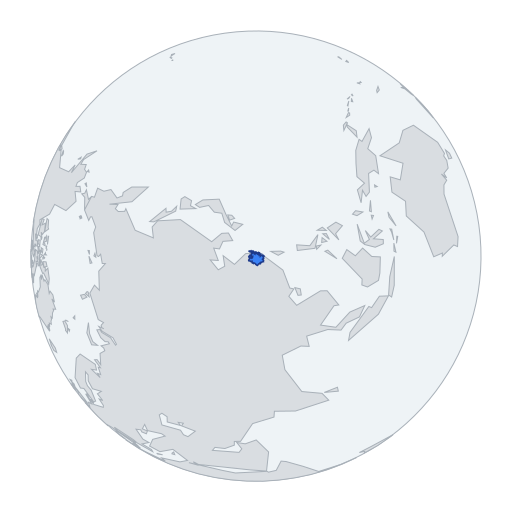 the Earth from above Zhejiang, rotated 262°
{"feature_id": "CHN-1820", "entity_name": "Zhejiang", "entity_type": "Province", "adm_level": 1, "iso_a3": "CHN", "parent_name": "China", "parent_adm1": "", "projection": "orthographic", "projection_center": [120.785, 29.18], "detail": "fine", "context": "on_globe", "style": "filled", "palette": "blue", "viewbox_px": 512, "rotation_deg": 262, "n_neighbors": 0, "source": "natural_earth", "source_scale": "10m", "svg_char_len": 15984}
<svg xmlns="http://www.w3.org/2000/svg" viewBox="0 0 512 512"><g transform="rotate(262 256 256)"><circle cx="256" cy="256" r="225" fill="#eef3f6" stroke="#a8b0b8"/><path d="M442.0,364.5L441.7,365.6L441.5,365.9L442.0,364.5ZM414.6,96.0L411.9,93.6L392.6,79.0L393.1,78.4L388.4,75.5L387.6,76.4L388.1,77.8L370.8,73.8L365.5,82.2L371.4,89.6L364.2,84.8L380.4,102.8L382.3,113.2L375.5,98.7L371.2,95.3L370.2,100.6L365.7,98.3L362.5,99.8L357.1,96.8L353.6,89.3L350.0,87.4L349.5,91.4L343.8,91.4L345.1,85.8L335.2,85.4L327.4,74.1L335.1,63.8L326.2,57.4L322.0,47.1L317.8,46.5L313.6,43.2L307.2,41.5L308.2,40.7L302.2,40.2L302.4,41.3L299.9,41.6L296.1,40.9L296.8,39.5L298.8,39.6L297.0,38.9L299.0,38.6L295.9,38.4L297.2,37.1L290.3,37.4L286.7,35.7L289.1,35.2L296.1,36.5L318.9,40.4L323.4,41.4L322.8,40.9L320.1,40.0L335.1,45.1L349.8,51.2L363.9,58.2L377.5,66.3L390.6,75.3L402.9,85.2L414.6,96.0ZM292.3,33.7L291.2,33.5L289.9,33.5L282.3,32.5L275.6,31.6L275.8,31.6L292.3,33.7ZM467.8,204.0L465.9,199.8L467.3,200.4L467.8,204.0ZM464.5,198.7L465.3,199.8L464.6,199.1L464.5,198.7ZM463.9,199.1L464.4,198.8L464.1,199.7L463.9,199.1ZM463.3,200.4L463.6,199.5L463.6,199.8L463.3,200.4ZM461.7,200.8L461.2,200.8L461.3,199.6L461.7,200.8ZM389.1,78.9L388.0,76.7L390.5,77.1L392.0,79.0L389.1,78.9ZM383.8,79.3L381.9,77.3L387.3,79.8L386.7,80.1L383.8,79.3ZM376.6,95.8L376.6,93.0L378.2,96.6L376.6,95.8ZM363.1,100.6L364.5,102.2L362.3,102.4L363.1,100.6ZM294.1,34.2L292.1,33.9L293.4,34.0L294.1,34.2ZM295.5,34.7L298.5,35.2L299.7,35.5L297.8,35.2L295.5,34.7ZM352.0,98.1L347.9,98.1L351.4,96.7L352.0,98.1ZM291.6,34.2L301.2,36.0L303.1,36.7L297.5,36.4L291.6,34.2ZM345.2,97.3L335.4,98.0L337.9,101.5L325.5,92.6L337.9,94.6L341.8,92.1L342.0,95.2L345.2,97.3ZM304.2,42.0L303.7,40.7L307.6,42.5L304.2,42.0ZM307.3,43.2L322.8,49.4L321.6,51.3L316.6,48.6L317.8,52.1L309.6,49.9L307.1,47.6L309.5,46.6L304.5,46.6L307.3,43.2ZM320.2,87.8L317.3,87.1L319.7,86.5L320.2,87.8ZM299.2,41.9L302.4,42.8L301.6,44.5L294.9,43.0L297.3,42.9L299.2,41.9ZM322.2,54.3L320.4,55.6L313.2,54.1L311.6,54.4L309.3,50.1L322.2,54.3ZM295.6,42.2L291.6,42.3L288.5,41.0L295.9,41.2L295.6,42.2ZM304.2,45.6L303.5,46.4L301.7,45.4L304.2,45.6ZM275.5,37.1L279.4,37.7L279.3,38.6L275.5,37.1ZM290.3,42.5L291.3,42.9L291.7,43.4L288.5,43.3L290.3,42.5ZM304.4,49.5L301.8,48.8L305.0,51.2L299.8,50.5L299.2,47.8L297.2,48.7L295.6,48.5L297.0,46.6L304.4,49.5ZM286.5,44.9L284.0,41.8L276.7,40.2L276.6,39.3L288.3,42.1L286.5,44.9ZM292.5,46.0L288.8,45.0L290.5,44.2L294.2,44.4L292.5,46.0ZM296.4,51.1L304.6,52.8L304.4,53.4L296.4,51.1ZM284.0,44.5L284.7,45.3L283.3,44.5L284.0,44.5ZM292.2,49.1L295.1,49.6L294.9,50.2L292.2,49.1ZM283.6,46.6L282.8,45.6L285.3,45.5L283.6,46.6ZM287.3,47.9L286.2,48.6L286.6,46.2L288.6,48.0L287.3,47.9ZM291.5,49.6L292.3,50.1L290.3,49.4L291.5,49.6ZM274.7,47.6L274.7,44.5L280.1,44.3L279.4,47.3L274.7,47.6ZM92.2,101.3L89.1,105.0L86.4,108.3L80.6,114.7L65.5,137.6L69.2,134.5L62.7,152.0L63.1,159.7L76.1,146.8L75.6,133.7L82.6,124.2L88.8,128.2L90.3,140.9L93.2,137.7L98.2,124.3L104.7,122.3L100.7,119.4L97.8,124.1L95.2,122.7L97.7,118.4L99.9,117.7L101.2,113.1L90.4,118.5L86.2,124.0L85.8,117.0L78.9,125.6L76.6,126.5L87.4,112.4L91.1,109.1L106.2,91.9L102.3,94.5L87.8,111.2L89.6,108.3L84.2,113.0L89.7,107.2L106.6,89.2L110.3,84.4L108.3,85.9L119.5,76.8L118.9,77.3L123.3,74.1L134.7,66.3L130.3,69.5L133.6,67.5L130.2,70.4L134.5,69.7L132.4,72.7L142.8,68.3L143.1,69.4L136.9,71.5L131.5,74.9L127.4,83.7L129.2,84.1L136.2,80.8L134.2,84.1L141.6,79.8L143.5,84.0L147.3,75.6L155.7,72.5L161.6,73.2L165.1,71.0L155.5,69.9L151.0,71.0L146.1,74.1L134.6,77.0L134.1,75.0L148.8,67.1L149.7,63.8L160.7,59.9L179.9,63.8L183.4,68.2L171.0,81.8L165.2,82.2L166.7,77.3L157.3,84.7L161.9,82.7L160.2,85.7L167.8,84.3L167.0,86.4L175.7,81.7L175.5,84.2L170.0,87.1L181.2,88.0L183.2,93.1L186.1,92.4L188.6,90.1L189.5,98.6L191.6,97.7L192.2,94.6L196.7,90.9L205.0,88.1L204.9,91.2L201.8,92.6L195.3,100.6L187.2,104.5L188.0,105.6L194.9,103.0L203.0,93.1L208.1,90.5L205.1,95.2L206.5,93.3L209.0,93.0L211.3,95.8L215.0,90.9L242.4,86.3L249.6,92.0L243.9,96.1L262.9,98.2L269.5,105.8L270.0,102.7L279.4,102.4L277.4,100.0L278.4,98.6L301.7,98.5L307.0,101.3L317.6,99.0L317.8,97.6L314.5,95.3L325.5,92.6L337.9,101.5L336.7,104.2L345.2,108.6L341.3,114.4L342.0,121.6L332.8,126.4L334.1,132.2L337.4,133.3L341.6,142.6L339.3,159.0L327.0,140.7L327.7,118.1L326.2,126.5L322.4,123.3L319.2,125.8L318.5,132.2L321.0,133.7L298.3,139.9L288.2,156.9L299.2,157.2L304.5,163.5L302.6,186.2L276.3,214.1L283.2,225.2L282.6,231.9L274.5,235.1L275.1,225.3L268.1,220.8L269.7,215.2L256.8,218.0L258.5,210.1L247.6,216.7L250.2,223.6L260.9,223.5L250.7,233.5L259.8,246.1L259.1,259.7L238.3,280.7L219.6,285.0L218.1,288.9L211.5,282.9L201.5,289.4L212.5,315.0L211.7,321.6L196.0,331.2L195.9,326.3L178.6,310.3L174.3,325.2L187.4,341.1L191.8,356.8L181.3,350.0L176.9,335.9L170.8,329.9L173.2,316.8L169.6,295.0L159.1,296.1L160.6,287.9L154.1,268.2L139.4,268.8L115.4,282.5L110.8,302.3L103.1,308.0L97.0,273.5L99.7,252.6L94.0,251.4L90.5,229.3L74.6,214.9L75.4,208.7L71.7,208.2L69.7,198.4L72.2,188.7L69.6,185.8L63.9,211.9L67.0,215.1L74.0,211.0L71.5,219.2L73.8,230.6L60.2,241.2L41.6,236.5L44.9,220.9L57.6,170.0L60.2,166.5L60.4,166.0L60.9,165.1L56.7,170.0L60.7,160.8L48.3,193.1L44.0,205.4L41.2,237.1L40.2,238.2L40.9,246.2L49.4,252.3L48.3,257.1L41.1,273.5L33.9,288.1L37.8,310.9L42.4,327.6L37.8,312.1L34.3,296.2L32.0,280.2L30.9,264.0L30.9,247.8L32.0,231.6L34.4,215.5L37.9,199.7L42.5,184.1L48.2,168.9L55.0,154.2L62.9,140.0L71.7,126.4L81.5,113.5L92.2,101.3ZM86.6,163.5L91.0,171.5L98.2,158.6L100.5,160.8L102.1,155.8L98.7,157.6L104.0,145.0L109.2,145.6L113.4,140.9L112.1,138.1L101.8,139.3L94.0,157.0L89.1,159.3L86.6,163.5ZM155.0,55.7L150.9,57.9L147.9,59.1L150.5,57.1L155.0,55.1L155.0,55.7ZM145.8,61.0L159.6,54.7L158.6,56.3L156.8,56.3L154.7,58.0L151.4,58.7L136.8,67.1L133.2,68.9L140.1,63.1L139.8,63.7L143.8,61.2L145.8,61.0ZM196.8,40.9L202.8,39.7L192.7,44.5L188.3,45.2L190.6,42.7L197.2,40.5L196.8,40.9ZM279.8,33.9L282.8,34.1L282.6,34.3L279.9,34.3L279.8,33.9ZM277.3,37.3L266.8,33.5L269.6,33.4L260.1,32.0L263.8,31.5L269.9,32.3L265.6,31.2L272.6,31.7L268.8,31.1L281.9,33.0L288.0,33.9L279.8,33.0L276.2,33.3L276.5,33.8L281.8,35.9L293.2,38.6L291.4,40.0L287.1,40.2L284.1,39.7L286.2,38.9L280.7,38.9L281.5,37.4L277.3,37.3ZM238.3,50.0L242.0,47.9L231.1,50.2L231.7,47.7L230.4,48.1L228.0,46.6L222.9,45.6L224.3,44.5L221.7,44.7L220.0,43.9L216.9,43.8L218.3,42.0L214.6,41.9L217.3,41.1L210.6,41.5L216.2,40.4L214.7,39.7L210.1,41.2L224.9,34.0L226.8,32.9L225.4,32.8L235.2,31.7L242.8,31.4L248.0,32.3L244.8,34.0L249.8,33.5L249.7,34.3L245.8,34.3L251.8,34.8L250.7,35.6L255.4,38.1L264.8,39.0L266.7,40.2L262.5,40.3L267.4,41.5L260.7,42.6L261.9,43.6L256.6,46.0L247.7,46.0L249.8,47.2L245.8,49.4L238.3,50.0ZM273.0,48.2L262.2,48.1L257.3,46.9L268.7,43.3L268.5,42.3L275.6,40.6L282.6,42.6L279.9,42.8L278.9,43.6L277.1,42.6L277.8,43.9L274.2,44.4L273.7,45.7L270.4,45.2L273.0,48.2ZM87.7,107.6L86.4,109.5L85.3,111.6L81.9,114.8L87.7,107.6ZM98.9,95.2L98.4,96.0L93.1,101.1L94.5,99.4L98.9,95.2ZM102.6,92.5L98.8,95.7L101.7,93.0L102.6,92.5ZM136.9,72.4L136.8,73.4L135.1,74.4L133.0,75.0L136.9,72.4ZM206.0,58.6L208.9,57.0L210.0,57.3L218.1,55.7L218.2,57.7L213.4,59.6L206.0,58.6ZM73.4,147.2L70.6,147.9L71.8,145.2L72.5,145.5L73.4,147.2ZM74.5,130.2L72.1,135.9L73.6,131.0L74.5,130.2ZM207.5,60.6L210.8,59.6L208.9,61.3L207.5,60.6ZM218.7,59.2L217.2,61.1L219.1,57.8L218.7,59.2ZM51.3,350.0L45.8,335.8L47.4,336.5L47.0,331.0L51.3,343.4L60.0,366.9L58.8,364.9L51.3,350.0ZM249.0,396.9L256.0,398.2L255.7,399.1L249.0,396.9ZM241.6,393.3L249.6,394.3L240.3,395.1L241.6,393.3ZM252.7,394.7L260.8,393.6L264.2,392.4L263.7,394.1L252.7,394.7ZM236.3,392.9L207.7,388.8L196.5,384.6L199.0,381.9L217.0,385.6L236.3,392.9ZM198.1,381.6L181.3,369.1L159.5,335.9L167.3,338.5L190.3,360.7L188.8,363.3L199.0,372.6L198.1,381.6ZM239.4,370.6L237.8,379.0L221.9,376.3L214.8,373.9L209.8,362.1L212.6,356.8L218.4,357.9L241.7,341.1L249.7,346.8L242.4,354.4L249.0,362.7L239.4,370.6ZM111.4,304.6L114.7,318.4L110.7,318.7L111.4,304.6ZM251.8,327.9L242.0,335.8L251.1,324.9L251.8,327.9ZM257.5,317.1L257.8,321.8L254.2,317.0L257.5,317.1ZM217.3,295.3L211.1,295.4L211.2,292.1L219.3,290.1L217.3,295.3ZM258.5,271.3L257.4,281.1L255.9,284.3L253.6,278.1L258.5,271.3ZM213.4,80.8L202.1,80.4L194.0,82.4L189.6,86.7L190.9,80.9L203.4,77.8L213.4,80.8ZM238.8,85.1L242.6,81.9L244.3,83.8L243.6,84.8L238.8,85.1ZM238.8,82.8L237.3,78.1L241.6,76.8L241.9,80.7L238.8,82.8ZM222.0,68.2L218.6,67.8L220.3,66.3L222.0,68.2ZM388.8,436.8L391.0,435.8L384.5,440.7L375.8,446.6L367.9,450.9L388.8,436.8ZM325.7,463.5L325.3,460.4L334.7,458.4L330.9,461.9L325.7,463.5ZM394.9,432.1L400.7,426.8L402.8,422.8L402.2,425.7L406.7,422.7L392.9,434.5L394.9,432.1ZM291.1,450.8L247.1,458.8L237.3,456.9L239.4,453.4L229.8,440.4L233.0,441.0L230.5,431.9L256.3,425.7L274.7,410.4L289.4,411.7L300.3,399.5L315.7,399.9L311.3,409.5L327.4,414.5L338.0,392.7L348.1,413.6L360.0,419.0L363.6,430.1L343.3,451.7L331.4,456.9L329.0,455.8L324.1,458.2L316.3,458.5L311.7,453.6L306.8,455.7L311.4,451.0L304.5,455.4L300.3,452.0L291.1,450.8ZM400.9,398.7L403.2,398.5L406.9,400.4L403.2,401.2L400.9,398.7ZM436.1,372.0L437.1,372.9L434.7,374.8L436.1,372.0ZM441.5,365.9L438.7,368.4L442.0,364.5L441.5,365.9ZM413.0,382.7L414.2,383.5L413.2,384.3L413.0,382.7ZM412.1,382.6L413.4,380.0L413.2,382.1L412.1,382.6ZM400.9,374.4L402.3,372.9L402.9,373.6L400.9,374.4ZM266.3,398.9L276.0,393.1L281.4,392.7L266.3,398.9ZM398.9,372.5L395.3,373.3L395.7,371.9L398.9,372.5ZM399.1,369.6L398.7,368.0L400.9,371.4L399.1,369.6ZM392.3,367.4L396.6,369.5L391.8,367.9L392.3,367.4ZM389.7,368.4L386.6,367.7L386.8,367.1L389.7,368.4ZM354.7,376.9L366.4,385.7L357.1,386.8L346.7,381.6L338.7,388.5L320.5,388.8L324.6,384.7L322.1,379.0L303.5,377.2L299.7,373.3L306.3,370.6L294.1,367.5L307.4,365.6L313.0,373.6L320.5,367.0L333.8,367.9L346.7,369.5L357.2,374.3L354.7,376.9ZM307.6,383.3L309.9,383.3L307.9,385.7L307.6,383.3ZM380.6,364.6L385.1,367.5L384.6,368.6L382.4,368.4L380.6,364.6ZM359.6,372.6L370.9,364.4L373.6,364.1L366.1,372.7L359.6,372.6ZM368.1,360.5L373.4,360.7L376.2,363.9L375.1,365.1L368.1,360.5ZM280.4,375.8L279.8,378.0L276.4,376.1L280.4,375.8ZM284.8,374.6L295.2,377.1L283.8,376.4L284.8,374.6ZM253.6,365.0L256.6,370.6L266.0,367.8L258.8,372.3L265.3,381.4L263.2,384.6L256.7,374.7L254.6,384.3L250.4,383.8L248.1,375.3L252.2,365.3L256.4,361.3L273.5,360.6L253.6,365.0ZM284.7,368.0L281.9,361.6L284.0,357.4L287.0,360.9L284.7,368.0ZM274.0,345.8L267.0,337.9L260.4,340.3L273.9,330.5L278.4,339.8L274.0,345.8ZM268.4,328.8L262.2,331.0L268.7,325.2L268.4,328.8ZM260.7,328.3L260.2,322.9L265.0,324.0L260.7,328.3ZM271.5,329.2L273.0,320.2L275.3,325.7L271.5,329.2ZM258.7,310.7L268.6,320.3L255.4,315.5L255.7,297.7L261.4,297.8L258.7,310.7ZM296.2,240.1L295.2,234.8L300.6,233.8L299.7,237.7L296.2,240.1ZM317.4,227.5L301.8,231.9L289.1,236.1L292.7,238.6L289.2,247.3L284.2,238.8L293.6,229.6L303.1,228.1L305.2,220.8L312.6,216.1L312.0,206.9L315.4,203.1L318.9,211.2L317.4,227.5ZM311.3,203.1L313.0,187.3L322.9,189.8L324.7,193.8L319.8,199.9L314.9,198.1L311.3,203.1ZM316.3,184.4L311.6,182.7L304.0,159.6L304.9,155.5L315.8,173.5L311.9,173.1L312.1,178.6L316.3,184.4ZM317.8,88.8L317.4,87.3L319.5,88.7L317.8,88.8ZM277.1,97.2L278.7,95.5L281.2,96.9L277.1,97.2ZM284.6,91.7L280.7,91.3L284.9,90.4L284.6,91.7ZM271.7,90.7L279.1,90.5L272.0,92.6L271.7,90.7Z" fill="#d9dde1" stroke="#a8b0b8" stroke-width="1"/><path d="M257.7,250.1L257.4,250.2L257.1,250.4L256.9,250.5L256.7,250.6L256.5,250.9L256.5,251.1L256.4,251.2L256.4,251.3L256.2,251.6L255.9,251.4L255.7,251.2L255.0,251.2L254.8,251.2L254.6,251.7L254.2,251.6L253.8,252.0L254.3,251.7L254.5,251.8L254.9,251.3L255.4,251.3L255.5,251.4L255.7,251.8L255.8,251.9L255.5,252.3L255.9,252.4L256.0,252.5L256.0,252.4L255.7,252.4L255.9,251.9L256.4,252.1L256.7,251.9L257.2,251.5L257.6,251.4L258.0,251.5L258.5,251.9L259.0,252.7L259.2,252.8L259.3,252.9L259.8,253.1L260.6,253.1L260.5,253.3L260.1,253.5L259.8,253.7L259.7,253.7L259.7,253.9L259.4,254.1L259.1,254.5L258.7,254.5L258.3,254.6L258.3,254.8L258.2,254.9L258.3,255.1L258.4,254.8L258.5,254.8L258.4,254.9L258.5,254.9L258.5,255.0L258.4,255.1L258.6,255.1L258.7,254.8L258.9,254.7L259.2,254.6L259.3,254.6L259.4,254.8L259.5,254.8L259.6,254.6L259.3,254.6L259.5,254.3L259.9,254.2L260.1,254.4L260.1,254.5L259.8,254.6L260.1,254.9L260.0,255.1L259.9,255.0L259.9,255.3L259.8,255.5L260.0,255.6L260.0,255.9L259.6,256.1L259.4,256.0L259.5,255.5L259.6,255.4L259.4,255.4L259.5,255.2L259.4,255.2L259.3,255.3L259.4,255.7L259.2,256.0L258.9,255.8L259.0,255.5L258.9,255.5L258.9,256.0L258.7,255.5L258.5,256.0L258.4,255.9L258.3,256.1L258.1,256.1L258.3,256.2L258.1,256.3L258.9,256.3L258.9,256.5L258.6,256.5L258.9,256.5L259.1,256.6L259.1,256.9L259.1,257.0L258.8,256.8L258.7,257.0L258.5,256.9L258.4,257.0L258.5,257.0L258.8,257.1L258.9,257.3L259.0,257.4L258.9,257.5L259.0,257.5L258.9,257.6L258.5,257.9L258.0,257.8L257.6,257.6L257.2,257.3L257.3,257.4L257.4,257.5L257.5,257.6L257.8,257.8L257.6,258.0L258.2,257.9L258.5,258.0L258.8,258.6L258.5,258.7L258.8,258.8L258.9,259.1L258.9,259.3L259.0,259.3L258.9,259.5L258.8,259.4L258.5,259.3L258.3,259.5L258.2,259.4L258.1,259.5L258.0,259.9L258.0,260.0L257.9,260.1L257.6,259.7L257.6,259.4L257.4,259.3L257.7,259.2L257.3,259.1L257.2,259.4L257.0,259.5L257.0,259.4L256.8,259.4L256.9,259.5L257.2,259.5L257.0,260.0L256.8,260.2L256.7,260.5L256.1,260.7L255.8,260.5L255.4,260.5L255.3,260.2L255.2,260.2L255.3,260.3L255.3,260.5L255.6,260.6L255.9,260.7L256.2,260.8L256.3,261.1L256.1,261.3L255.8,261.8L255.7,261.8L255.5,261.6L255.6,261.8L255.6,262.0L255.3,262.3L255.4,262.5L255.6,262.6L255.5,262.8L255.5,263.1L255.2,263.0L255.2,263.3L255.1,263.5L255.1,263.8L254.9,263.9L254.9,263.7L254.7,263.7L254.7,263.4L254.5,263.1L254.3,263.1L254.1,262.9L253.8,263.0L253.5,263.2L253.2,263.1L253.0,263.3L252.5,263.3L252.2,262.9L252.2,262.5L252.0,262.2L251.9,262.2L252.0,262.0L251.9,261.9L251.7,261.9L251.6,262.0L251.4,262.5L251.1,262.5L250.7,262.9L250.3,262.9L250.1,262.7L249.4,262.6L249.5,262.4L249.4,261.8L249.4,261.7L249.2,261.3L249.2,260.9L248.9,260.7L249.0,260.2L249.0,259.9L249.1,259.7L248.9,259.3L248.7,259.4L248.5,259.5L248.4,259.4L248.2,259.4L248.1,259.5L247.9,259.4L248.0,259.3L248.0,258.7L247.9,258.6L248.0,258.5L247.8,258.2L247.9,257.8L247.8,257.7L247.7,257.4L247.4,257.0L247.2,256.9L246.6,256.4L246.5,256.2L246.4,256.0L246.6,255.7L246.9,255.4L247.0,255.3L247.1,255.2L247.5,254.9L247.6,254.7L247.8,254.8L248.4,254.2L248.7,254.1L249.0,253.8L249.0,253.4L249.3,253.2L249.6,252.8L249.5,252.3L249.5,252.1L249.4,252.1L249.6,251.9L249.5,251.6L249.5,251.4L249.8,251.3L250.1,251.5L250.6,251.5L251.0,251.3L251.3,251.3L251.2,251.1L251.1,250.7L250.9,250.7L250.9,250.4L251.0,250.3L251.2,250.1L251.3,250.1L251.5,250.2L251.6,249.7L251.8,249.6L251.9,249.4L252.1,248.3L252.2,248.2L252.5,248.1L253.1,248.2L253.2,248.5L253.8,249.1L254.1,249.2L254.6,249.1L254.6,249.3L254.8,249.2L255.0,249.8L255.3,249.4L255.7,249.3L255.7,249.1L255.7,248.9L256.6,248.8L256.7,249.1L256.7,249.4L256.7,249.5L256.9,249.6L257.0,249.5L257.5,249.8L257.7,250.1ZM261.2,252.6L261.1,253.0L260.9,252.8L260.5,252.7L260.2,252.8L260.2,252.6L260.0,252.2L260.5,252.2L261.0,252.5L261.2,252.6ZM257.6,260.1L257.7,260.3L257.3,260.5L257.3,260.4L257.2,260.1L257.3,260.0L257.5,259.8L257.6,260.1ZM260.9,251.5L260.8,251.8L260.6,251.7L260.4,251.6L260.8,251.4L260.9,251.5ZM260.5,253.6L260.8,254.0L260.7,254.1L260.5,253.8L260.3,253.9L260.4,253.6L260.5,253.6ZM260.0,256.2L260.0,256.4L259.8,256.4L259.7,256.1L259.9,256.0L260.0,256.1L260.0,256.2ZM259.7,252.5L259.8,252.7L259.8,252.8L259.7,252.8L259.6,252.6L259.6,252.4L259.7,252.5ZM261.5,252.9L261.4,253.3L261.5,253.4L261.4,253.3L261.4,253.1L261.2,253.0L261.2,252.9L261.5,252.9ZM261.5,250.9L261.6,251.1L261.3,251.0L261.1,251.1L261.1,250.8L261.3,250.9L261.5,250.9ZM261.2,253.4L261.2,253.6L260.9,253.4L261.1,253.3L261.2,253.4ZM261.4,251.7L261.2,251.8L261.2,251.7L261.5,251.7L261.5,251.8L261.4,251.7ZM259.4,256.1L259.7,256.2L259.6,256.3L259.4,256.2L259.4,256.1ZM256.9,260.8L257.0,260.7L257.2,260.8L256.9,260.8ZM261.9,249.9L261.9,250.0L261.5,250.0L261.6,249.8L261.9,249.9ZM257.4,261.2L257.3,261.3L257.1,261.4L257.4,261.2ZM260.0,253.0L259.9,253.0L260.0,253.0ZM257.0,262.7L257.1,262.8L256.9,262.7L257.0,262.7Z" fill="#3b82f6" stroke="#1e3a8a" stroke-width="1.5"/></g></svg>